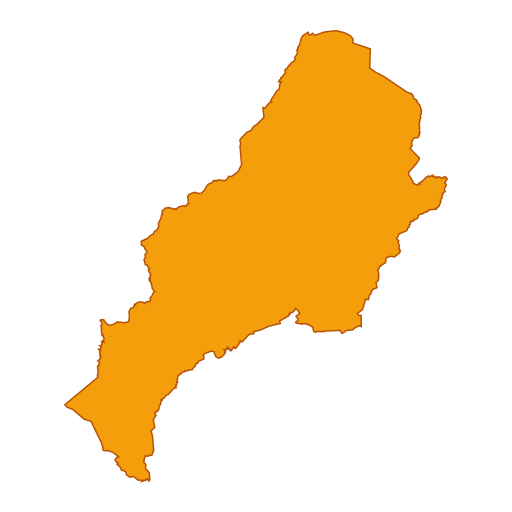 outline of Ogan Komering Ulu Timur, Sumatera Selatan, Indonesia
{"feature_id": "22746128B29719145941035", "entity_name": "Ogan Komering Ulu Timur", "entity_type": "district", "adm_level": 2, "iso_a3": "IDN", "parent_name": "Indonesia", "parent_adm1": "Sumatera Selatan", "projection": "orthographic", "projection_center": [104.552, -4.106], "detail": "fine", "context": "isolated", "style": "filled", "palette": "amber", "viewbox_px": 512, "rotation_deg": 0, "n_neighbors": 0, "source": "geoboundaries", "source_scale": "gbopen_adm2", "svg_char_len": 6054}
<svg xmlns="http://www.w3.org/2000/svg" viewBox="0 0 512 512"><path d="M308.2,32.3L302.9,35.6L301.2,38.4L299.8,44.1L297.7,47.8L297.7,49.5L296.9,49.9L297.5,53.0L294.7,57.8L295.1,59.8L293.3,61.7L291.1,62.8L290.0,65.0L288.7,65.4L287.0,68.7L285.8,69.0L284.8,70.6L285.5,72.4L281.7,77.5L281.0,77.5L280.7,79.5L279.5,79.9L278.6,81.8L281.5,81.9L279.8,84.2L279.2,89.0L276.8,90.9L271.0,100.1L270.6,101.3L271.6,102.0L268.9,103.3L264.6,108.4L262.9,107.6L264.0,117.3L256.9,124.4L253.7,126.4L250.8,130.6L246.8,132.3L240.4,139.1L239.9,140.1L240.7,143.7L240.0,146.3L241.6,164.6L238.1,171.7L231.4,176.5L228.6,176.4L227.1,179.3L224.4,180.7L217.9,179.9L216.4,181.3L215.1,180.3L214.4,180.9L213.1,180.8L212.8,182.0L210.7,183.4L209.6,183.4L207.0,185.5L204.7,190.0L201.2,193.3L198.1,193.4L195.3,192.4L192.8,192.7L188.7,194.7L187.7,196.5L188.5,203.7L187.3,203.9L185.8,206.1L184.6,206.5L184.0,205.6L180.5,206.4L178.5,207.1L176.0,209.4L174.6,208.5L173.8,209.4L171.8,208.3L169.3,208.0L169.4,207.6L165.1,208.1L164.0,209.9L162.6,210.3L162.0,212.9L162.4,214.6L161.6,214.9L161.0,218.2L158.4,223.2L158.6,227.1L156.4,230.5L154.4,231.3L153.1,234.2L150.8,235.2L146.3,239.3L144.6,239.3L144.1,240.5L142.6,240.3L141.3,241.3L141.4,244.9L144.2,246.7L144.7,248.7L147.2,251.3L145.0,254.6L145.5,256.9L144.1,259.6L145.3,264.7L147.6,265.5L148.7,268.6L149.5,268.8L148.4,270.3L149.3,272.5L150.7,273.4L150.0,275.2L150.7,276.1L149.5,277.5L150.0,278.1L149.2,278.1L149.2,280.0L150.0,279.8L149.9,281.3L150.5,281.2L151.0,282.5L152.4,288.7L154.8,291.6L153.6,292.1L151.7,296.4L150.1,297.7L150.5,300.5L150.0,301.1L145.8,302.1L144.6,303.6L143.5,302.5L141.3,302.0L138.3,302.1L135.2,304.2L135.4,305.0L134.4,304.5L134.1,306.5L132.5,307.9L130.7,308.3L129.1,311.4L129.4,317.4L128.5,321.5L127.6,322.0L124.3,322.7L116.9,321.9L114.3,324.0L110.9,325.1L108.4,325.0L105.6,322.6L103.8,319.8L100.6,319.7L100.2,320.7L101.9,322.1L102.0,324.2L100.9,325.6L101.7,328.7L101.2,329.4L101.7,332.8L102.5,334.2L102.0,334.0L101.6,334.8L102.4,335.2L104.2,338.7L103.4,340.8L103.9,341.9L102.5,341.0L102.7,342.2L101.6,342.1L102.1,343.3L101.2,345.5L100.3,345.7L101.4,346.1L100.7,347.3L100.6,350.2L99.0,349.0L98.7,349.4L100.1,351.2L99.6,353.0L100.8,355.9L100.7,356.7L100.1,356.3L100.6,358.2L97.8,360.9L99.2,361.6L99.6,362.7L98.8,363.9L99.1,365.1L98.0,366.5L97.5,366.3L98.3,373.9L97.5,374.3L97.6,377.5L64.8,404.7L67.1,407.3L72.5,409.2L84.1,419.2L91.1,421.4L101.9,443.7L102.1,445.7L102.7,446.3L102.8,449.5L103.8,450.6L107.8,450.7L112.7,452.2L118.7,456.8L116.5,457.6L115.0,459.9L116.6,462.2L117.7,462.7L118.0,463.8L117.1,464.3L120.0,466.8L121.6,470.4L123.3,470.4L125.9,472.1L126.3,474.7L129.9,477.2L133.6,476.4L138.0,480.1L142.8,480.3L142.0,481.3L146.1,480.0L146.1,479.1L147.5,479.1L148.0,479.9L148.5,479.4L148.7,480.9L149.9,479.9L149.2,472.9L148.1,471.1L145.7,469.0L145.8,464.5L144.0,462.4L143.9,461.2L145.0,456.1L148.0,456.2L148.8,455.5L151.8,455.3L153.7,450.2L152.4,435.8L151.1,430.9L154.7,427.5L153.3,419.4L156.0,415.3L155.2,414.7L154.9,412.3L156.5,411.9L156.6,411.2L157.6,411.3L158.9,409.3L159.0,406.7L160.5,404.4L160.9,401.7L162.2,400.2L161.2,399.7L164.6,397.6L166.2,395.1L168.2,394.5L173.9,388.3L176.0,387.8L175.6,387.4L175.9,385.3L176.3,385.6L176.6,384.7L176.5,382.7L177.7,382.3L176.9,380.2L177.4,379.8L177.8,376.5L178.6,374.9L179.6,374.8L183.2,371.8L184.7,371.7L184.9,370.6L187.5,371.0L188.7,370.1L192.3,369.7L193.5,367.4L195.2,366.3L195.7,364.1L197.6,363.3L198.5,361.3L203.7,359.1L203.9,356.6L203.2,355.0L204.7,353.5L211.5,351.1L214.5,352.0L214.5,353.8L216.2,357.0L218.8,358.1L221.7,357.0L224.9,353.7L224.8,352.4L225.4,352.2L224.2,349.8L225.5,350.5L225.5,349.7L227.0,349.2L226.6,348.4L227.7,347.8L227.5,347.2L228.0,347.3L228.8,349.1L230.2,349.4L229.5,349.9L230.0,350.6L230.9,349.9L231.5,350.5L233.2,347.2L234.2,346.9L234.5,348.3L235.9,348.2L239.6,343.1L240.0,342.2L239.4,341.4L240.5,341.4L240.7,340.8L242.2,341.8L248.1,335.5L250.5,333.9L253.8,333.8L253.6,331.7L260.2,330.1L269.3,326.1L280.3,323.4L279.5,321.1L288.5,315.9L289.4,314.8L288.9,314.0L290.2,313.8L290.4,312.3L292.2,312.6L294.7,310.4L295.1,308.5L297.0,309.2L299.7,313.6L296.0,316.2L298.1,319.2L297.8,320.7L295.7,321.9L296.1,323.1L302.1,324.1L304.2,323.6L309.0,324.9L312.8,327.2L313.6,331.3L315.5,332.4L317.2,331.4L323.2,331.7L325.8,331.0L339.8,330.4L342.2,333.5L346.6,330.4L352.5,329.9L355.2,327.7L359.1,325.7L361.3,326.6L361.1,315.4L358.7,315.4L357.4,313.5L362.4,309.6L365.6,299.4L368.4,299.7L369.3,295.0L370.7,294.2L372.4,289.5L377.0,287.7L376.0,282.6L378.5,280.2L378.3,277.9L378.8,277.1L378.6,272.5L377.6,270.1L379.0,268.7L379.5,266.4L380.8,266.1L380.1,265.4L380.6,265.7L385.4,262.8L386.2,257.7L390.8,256.3L394.6,256.9L399.8,252.6L400.1,251.0L399.4,249.9L400.0,250.0L399.0,248.3L399.5,245.6L397.9,242.1L398.8,241.0L396.6,238.5L399.2,233.9L406.8,230.6L407.8,227.9L409.4,226.7L409.1,224.9L410.3,224.3L410.4,221.6L412.6,221.5L413.4,220.2L413.8,220.5L414.9,219.3L417.0,218.7L418.1,217.2L418.1,215.7L420.1,214.1L422.5,213.9L423.8,212.7L425.3,212.6L425.7,211.8L427.8,211.5L429.3,209.8L436.3,209.2L436.1,208.1L436.8,208.3L439.0,206.2L441.0,201.0L440.2,200.0L442.0,197.9L442.3,195.1L442.8,194.7L442.5,193.2L445.2,191.5L444.3,189.3L446.4,184.7L444.8,182.6L447.2,179.0L445.8,177.1L445.1,177.7L444.5,176.8L441.6,178.4L439.9,177.1L438.2,176.8L437.3,177.6L436.4,177.0L435.3,178.0L434.2,176.2L433.8,176.8L432.9,176.6L432.3,175.1L430.6,176.4L428.9,176.6L428.5,175.9L425.8,177.5L422.2,181.6L421.2,181.5L420.2,183.3L419.2,183.2L419.8,184.0L418.5,183.9L417.1,185.1L413.3,183.3L413.2,182.0L408.5,174.2L408.7,172.3L416.1,163.9L419.2,159.2L419.3,157.9L410.1,148.6L412.2,145.5L411.5,144.2L412.1,141.0L414.2,137.9L417.7,137.7L419.4,135.4L418.9,134.0L420.1,132.6L419.4,131.2L419.6,126.2L418.9,124.0L419.9,121.7L419.6,119.7L420.7,118.1L420.3,115.5L421.1,114.3L421.5,110.4L419.5,104.8L416.8,101.8L417.2,100.6L413.7,98.3L412.7,95.1L411.4,93.4L409.7,93.3L406.6,91.9L384.5,76.9L375.3,72.0L369.7,68.1L370.3,48.9L353.6,43.3L352.8,42.7L353.1,39.1L350.3,35.7L344.4,32.7L336.2,30.7L324.6,31.9L315.0,35.3L312.5,33.3L310.7,35.0L308.6,34.4L308.2,32.3Z" fill="#f59e0b" stroke="#b45309" stroke-width="1.5"/></svg>